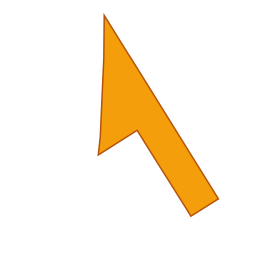 Bir Moghrein, Tiris Zemmour, Mauritania, rotated 238°
{"feature_id": "47542326B49457561972338", "entity_name": "Bir Moghrein", "entity_type": "district", "adm_level": 2, "iso_a3": "MRT", "parent_name": "Mauritania", "parent_adm1": "Tiris Zemmour", "projection": "mercator", "projection_center": [-8.377, 26.182], "detail": "fine", "context": "isolated", "style": "filled", "palette": "amber", "viewbox_px": 256, "rotation_deg": 238, "n_neighbors": 0, "source": "geoboundaries", "source_scale": "gbopen_adm2", "svg_char_len": 321}
<svg xmlns="http://www.w3.org/2000/svg" viewBox="0 0 256 256"><g transform="rotate(238 128 128)"><path d="M183.8,167.5L190.4,167.4L236.1,167.5L200.5,144.8L166.7,121.5L135.2,99.8L120.9,88.5L121.2,134.5L80.0,134.5L27.8,134.7L19.9,134.6L20.0,167.1L183.8,167.5Z" fill="#f59e0b" stroke="#b45309" stroke-width="1.5"/></g></svg>